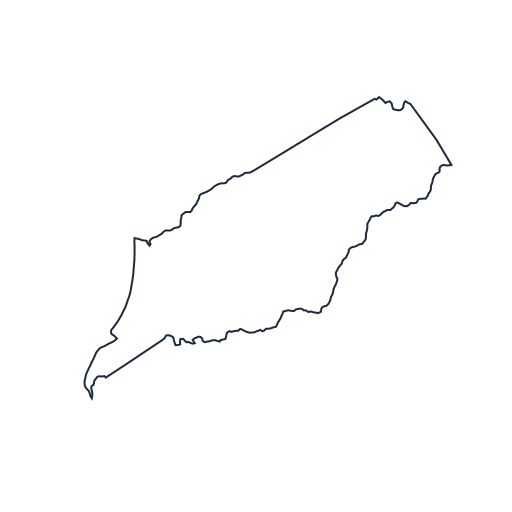 outline of Nova Viçosa, Bahia, Brazil, rotated 148°
{"feature_id": "56859067B39841375206009", "entity_name": "Nova Viçosa", "entity_type": "district", "adm_level": 2, "iso_a3": "BRA", "parent_name": "Brazil", "parent_adm1": "Bahia", "projection": "equal_earth", "projection_center": [-39.643, -17.887], "detail": "fine", "context": "isolated", "style": "outline", "palette": "slate", "viewbox_px": 512, "rotation_deg": 148, "n_neighbors": 0, "source": "geoboundaries", "source_scale": "gbopen_adm2", "svg_char_len": 4564}
<svg xmlns="http://www.w3.org/2000/svg" viewBox="0 0 512 512"><g transform="rotate(148 256 256)"><path d="M230.5,174.3L228.4,176.8L226.7,177.5L224.5,177.1L222.8,176.5L220.3,176.9L218.8,177.6L216.5,179.1L214.0,181.6L211.2,183.1L208.9,185.5L207.7,186.9L206.1,188.0L203.5,189.5L200.1,192.2L198.9,193.9L198.9,196.0L197.3,199.4L195.1,200.7L192.5,202.3L189.6,203.4L187.3,204.0L185.7,205.7L183.3,206.8L180.8,206.9L178.1,208.5L175.1,210.5L173.9,212.1L172.4,212.6L170.5,212.7L168.3,212.0L165.7,211.2L163.5,211.3L161.7,210.9L159.9,210.1L158.3,210.5L156.4,211.1L154.4,211.9L152.5,214.0L151.5,216.0L150.2,217.3L148.9,218.4L147.4,220.0L145.9,222.0L144.5,224.3L142.4,225.4L140.1,226.6L138.4,227.7L136.8,228.4L135.0,227.2L132.6,226.7L131.1,225.1L129.1,225.0L127.0,225.4L124.9,225.9L122.8,225.6L120.2,225.5L117.8,223.8L116.1,224.1L113.7,224.4L111.6,225.3L109.5,226.9L107.6,226.4L106.3,224.0L105.0,221.7L104.0,219.9L101.6,218.2L98.6,218.4L96.7,219.0L94.5,217.3L92.3,216.3L90.5,216.6L88.6,218.0L86.4,217.5L84.7,216.5L83.2,215.7L81.6,214.7L79.9,215.6L78.3,216.0L76.6,217.6L74.2,218.4L72.2,220.1L70.3,223.0L67.8,224.6L65.5,227.2L64.0,228.4L62.3,229.3L60.8,230.2L58.9,230.3L57.2,230.0L55.4,230.5L54.0,232.9L52.6,234.0L51.1,234.3L49.3,234.1L47.9,233.2L46.3,231.7L44.1,230.5L42.0,229.7L41.4,259.1L44.5,303.2L45.8,305.0L47.3,308.1L49.3,307.3L50.7,306.0L52.1,304.4L53.5,303.4L56.1,303.2L58.4,304.3L59.8,305.7L61.7,307.7L61.3,310.4L60.1,313.5L60.7,316.3L63.2,317.2L65.1,317.1L65.5,319.2L66.2,322.5L67.5,325.6L70.8,324.8L72.0,326.4L111.9,328.3L146.3,328.8L150.3,328.8L152.6,328.8L157.0,328.9L166.5,329.0L211.6,329.6L216.9,329.9L219.6,331.4L221.8,332.4L223.5,332.0L225.7,332.2L228.3,332.5L229.8,333.4L232.0,335.3L234.2,335.7L236.7,335.1L239.3,335.3L242.4,334.0L244.5,334.5L246.8,336.0L249.1,336.7L250.7,337.0L252.6,337.1L254.9,337.1L258.0,336.4L260.3,336.4L263.3,336.5L266.5,337.0L268.2,337.4L270.2,337.7L272.0,337.1L273.8,335.1L276.6,333.4L278.3,332.3L279.7,331.5L282.5,330.7L284.6,330.0L286.4,328.6L288.4,328.1L290.9,329.6L292.4,330.6L294.8,330.4L297.6,330.0L299.2,327.8L301.3,325.8L302.7,323.3L304.3,321.6L306.9,321.6L309.0,322.5L311.4,323.1L313.7,322.8L315.7,323.3L317.3,324.4L319.2,325.6L321.8,325.5L324.6,324.8L327.5,324.9L329.7,324.9L331.3,325.3L332.9,325.9L336.1,326.0L338.8,324.7L339.2,321.9L340.8,321.2L341.3,324.2L340.7,326.8L342.3,328.2L344.1,329.6L346.0,332.1L347.7,333.9L349.6,335.5L351.0,333.4L352.3,331.3L353.4,329.3L355.0,326.7L356.6,324.2L357.7,322.4L358.8,320.7L360.1,318.9L361.3,316.9L362.4,315.5L363.7,313.7L364.8,312.2L366.0,310.7L368.0,308.0L369.8,305.5L371.3,303.7L372.6,302.2L374.2,300.3L376.0,298.3L377.8,296.3L379.1,294.8L380.5,293.3L381.9,291.8L383.4,290.4L385.0,288.9L387.1,287.3L388.8,286.0L390.0,284.9L391.4,283.8L393.1,282.5L395.0,281.1L396.9,280.0L398.9,278.8L400.7,277.7L402.1,276.8L403.8,276.0L405.4,275.1L408.3,273.6L410.5,272.7L412.7,271.8L415.6,270.7L417.8,270.0L419.1,268.7L419.9,266.5L418.5,263.5L417.7,259.7L421.3,259.0L423.6,259.2L425.9,259.5L429.9,259.8L432.6,259.9L435.0,260.4L437.4,260.5L439.3,260.0L441.5,259.3L443.4,258.3L445.2,257.0L447.1,255.8L449.2,254.4L450.9,253.4L452.4,252.4L454.1,251.3L455.6,250.3L457.0,249.6L458.5,248.5L460.6,247.2L463.0,245.5L464.7,243.7L466.2,242.2L467.5,240.9L468.8,239.1L469.8,236.9L470.1,234.5L469.8,232.2L469.3,230.0L469.9,227.2L470.6,225.1L470.6,222.4L468.6,224.6L467.3,226.9L466.4,229.3L465.7,231.5L464.1,232.9L461.9,232.9L460.0,235.1L458.6,236.3L456.7,236.8L454.6,237.6L453.0,237.3L450.6,235.5L448.2,234.5L447.8,232.5L424.6,233.0L379.0,234.4L376.7,234.9L374.5,236.2L372.5,235.4L370.5,233.4L369.3,230.8L370.5,227.4L371.0,225.5L371.5,223.0L368.6,221.5L367.0,221.3L366.1,223.4L364.2,225.6L361.7,224.4L360.8,219.8L358.8,218.8L357.2,216.4L355.8,215.0L354.2,214.5L354.1,218.4L352.0,218.8L350.2,218.4L347.9,218.2L346.0,216.9L345.3,214.8L346.2,212.4L345.2,210.1L343.2,209.5L340.7,208.3L338.1,207.8L335.4,206.4L333.3,204.0L332.1,202.6L330.6,203.5L327.9,202.5L325.9,201.9L324.2,203.3L322.0,205.8L320.3,206.5L318.3,206.3L317.0,204.6L314.7,204.1L312.8,203.2L310.4,202.0L308.1,202.6L306.9,201.1L305.9,199.3L304.7,197.4L303.5,195.8L301.8,194.2L300.3,193.4L297.7,192.1L295.3,191.9L293.6,191.3L291.6,191.2L290.4,188.7L288.5,188.4L286.1,189.0L283.7,187.6L281.4,186.7L279.6,186.4L276.6,185.4L274.7,186.5L273.2,187.7L270.9,188.8L267.6,190.5L265.9,191.9L264.3,192.8L262.3,194.5L260.4,193.8L257.6,193.0L255.5,191.1L253.1,189.2L250.6,189.6L248.0,188.7L246.1,187.8L244.9,186.5L244.2,184.5L242.6,183.5L241.2,180.7L238.9,179.9L237.2,177.9L235.1,176.1L233.8,174.7L230.5,174.3Z" fill="none" stroke="#1e293b" stroke-width="2"/></g></svg>